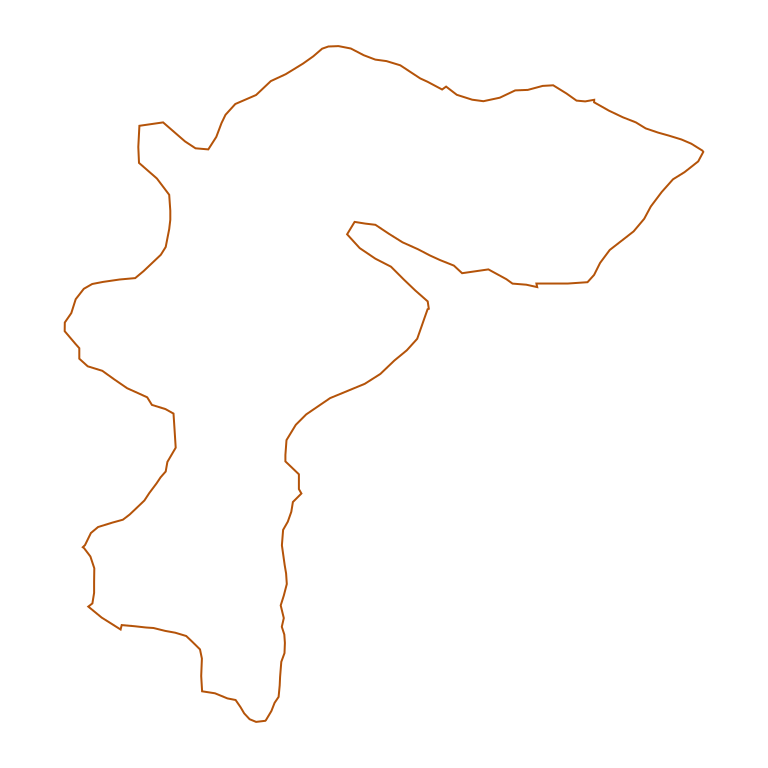 outline of Tovuz District, Tovuz, Azerbaijan
{"feature_id": "54616110B84187356839814", "entity_name": "Tovuz District", "entity_type": "district", "adm_level": 2, "iso_a3": "AZE", "parent_name": "Azerbaijan", "parent_adm1": "Tovuz", "projection": "natural_earth1", "projection_center": [45.767, 40.907], "detail": "fine", "context": "isolated", "style": "outline", "palette": "amber", "viewbox_px": 768, "rotation_deg": 0, "n_neighbors": 0, "source": "geoboundaries", "source_scale": "gbopen_adm2", "svg_char_len": 2536}
<svg xmlns="http://www.w3.org/2000/svg" viewBox="0 0 768 768"><path d="M594.2,99.8L585.2,101.4L576.5,100.6L566.5,93.5L553.2,85.3L542.7,85.9L527.8,89.9L515.2,90.4L499.8,97.7L483.4,101.2L472.2,99.7L456.8,94.8L446.1,86.6L442.1,89.5L427.4,81.7L420.2,78.4L409.4,71.3L400.3,65.3L386.5,61.1L375.3,59.6L363.7,55.2L350.8,48.5L338.5,46.1L336.2,46.2L328.4,46.5L322.1,48.7L313.3,56.3L303.0,63.6L285.7,74.2L270.8,81.1L256.1,95.0L235.3,104.0L225.5,114.8L221.5,123.1L216.3,136.9L208.3,149.4L195.5,148.3L185.0,141.4L163.1,122.4L139.4,125.8L138.3,147.0L139.0,162.9L156.9,178.5L169.2,194.8L170.3,210.7L170.3,219.8L169.2,229.1L165.7,247.0L160.8,254.8L143.6,271.1L135.2,278.1L119.6,279.5L103.1,281.9L92.2,284.0L83.8,288.8L75.7,299.2L71.3,313.1L64.8,322.5L64.7,329.6L64.7,331.2L75.3,343.7L79.3,348.2L79.3,358.7L87.7,366.3L102.3,370.8L114.0,379.2L127.1,388.2L147.2,397.3L151.9,404.9L165.5,409.1L173.5,413.6L174.2,424.1L175.7,447.7L167.4,461.9L165.7,471.5L160.6,477.3L156.6,483.3L149.4,492.9L144.4,500.5L137.7,506.9L129.7,514.5L122.9,519.7L112.4,522.6L98.1,527.0L90.9,533.0L85.0,545.1L82.8,547.2L84.1,548.2L90.4,556.5L94.3,568.3L94.1,582.2L94.1,592.9L92.4,603.4L88.3,606.6L101.7,617.6L120.6,629.5L121.7,625.1L134.3,626.2L146.0,627.5L153.5,628.0L165.2,630.9L175.2,632.7L186.2,636.0L192.1,641.6L200.0,649.4L201.9,658.6L201.2,676.0L202.1,691.3L215.0,693.3L227.4,698.4L235.6,700.0L240.5,707.1L244.2,713.4L249.6,719.2L256.1,721.9L265.3,720.8L265.9,720.2L271.4,711.0L274.6,702.8L278.6,696.9L279.7,685.4L280.1,676.7L281.3,661.8L284.5,653.1L284.9,642.9L284.3,634.5L281.8,626.8L283.8,618.1L280.7,605.4L283.8,595.6L286.8,584.0L286.1,573.5L284.7,565.2L281.9,545.3L283.1,529.9L287.8,521.7L291.3,511.8L292.9,502.0L301.4,493.5L298.9,489.1L298.9,474.3L285.4,461.4L285.4,455.0L286.5,440.1L295.8,424.8L306.2,414.4L330.1,398.1L364.8,383.8L380.4,373.9L394.4,360.5L406.9,350.2L417.2,338.8L421.4,326.9L424.6,317.7L427.6,309.2L428.8,308.8L427.7,301.4L415.3,290.5L403.9,279.6L391.0,266.7L375.4,258.7L359.7,248.1L347.1,234.3L354.6,221.9L365.3,223.6L375.4,224.8L389.4,234.1L402.5,242.3L417.9,249.2L429.8,255.4L440.1,260.1L453.9,265.6L462.1,273.2L488.4,269.4L506.4,279.2L512.5,283.6L526.3,284.7L537.2,287.1L536.4,283.5L553.3,283.5L568.3,283.5L587.5,282.2L594.1,274.9L600.1,262.9L609.7,250.0L633.6,231.4L644.2,218.8L650.8,206.5L661.7,192.0L673.0,179.3L684.6,172.1L698.2,161.4L703.3,151.9L702.4,150.6L691.3,143.7L681.5,139.5L668.8,135.6L658.1,132.6L645.7,128.4L635.9,122.4L622.9,117.3L609.0,110.7L594.1,102.3L594.1,102.1L594.2,99.8Z" fill="none" stroke="#b45309" stroke-width="2"/></svg>